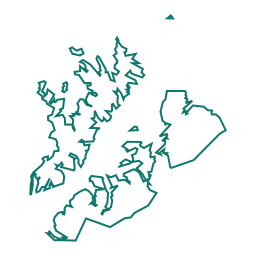 the district of Hammerfest nor, Finnmark, Norway
{"feature_id": "86288312B61529177731516", "entity_name": "Hammerfest nor", "entity_type": "district", "adm_level": 2, "iso_a3": "NOR", "parent_name": "Norway", "parent_adm1": "Finnmark", "projection": "mercator", "projection_center": [23.196, 70.658], "detail": "fine", "context": "isolated", "style": "outline", "palette": "teal", "viewbox_px": 256, "rotation_deg": 0, "n_neighbors": 0, "source": "geoboundaries", "source_scale": "gbopen_adm2", "svg_char_len": 5693}
<svg xmlns="http://www.w3.org/2000/svg" viewBox="0 0 256 256"><path d="M30.3,194.2L31.1,194.3L32.7,185.8L32.7,173.9L35.1,173.5L35.8,174.5L34.7,175.4L37.0,178.9L40.0,177.0L37.9,180.6L38.3,183.3L36.2,189.8L36.5,192.3L39.5,191.1L42.1,186.9L45.0,187.2L49.8,178.4L44.3,190.2L49.8,188.1L49.5,185.2L51.2,181.9L52.3,184.4L51.8,185.1L53.2,185.5L52.9,187.0L63.3,183.3L64.2,176.6L63.4,174.1L60.9,170.7L55.7,168.8L57.4,166.6L56.1,164.9L58.8,165.8L61.6,162.6L62.8,164.7L61.2,167.1L74.0,170.4L74.7,168.4L73.9,159.1L75.2,158.6L69.3,155.6L70.6,153.4L76.3,156.0L78.6,160.0L78.3,162.9L80.9,167.0L83.5,162.8L83.0,160.6L85.6,158.2L85.3,156.3L86.8,152.0L86.0,150.7L88.2,150.2L89.6,144.6L84.5,145.4L83.4,142.3L79.4,141.7L81.7,139.8L84.4,141.8L93.3,141.4L94.5,138.8L93.5,137.4L96.8,129.7L99.8,128.2L90.5,127.9L96.3,122.4L91.8,118.5L94.5,117.7L94.8,110.8L98.1,117.7L101.8,121.3L103.3,120.4L103.8,117.9L106.9,121.3L110.0,119.6L111.2,116.4L106.0,111.0L111.0,111.6L112.0,110.6L111.9,104.5L113.0,103.9L116.1,108.6L119.7,105.3L118.1,104.6L117.4,101.8L117.9,95.9L114.1,91.5L117.0,92.1L117.5,88.7L121.2,93.4L123.5,99.4L124.3,97.0L129.1,93.7L127.2,92.1L128.7,91.8L129.0,91.3L128.9,91.0L126.7,89.6L128.7,89.4L129.7,87.5L129.0,86.5L128.8,88.7L126.7,85.9L128.4,82.8L136.8,83.8L135.5,80.3L125.7,75.3L130.3,70.7L131.5,73.6L142.2,77.4L144.3,75.1L141.6,72.5L142.8,68.9L132.5,63.2L138.8,63.1L132.2,58.9L135.7,53.9L125.6,55.8L124.4,52.4L126.0,51.9L126.5,48.9L122.0,46.7L118.4,42.1L118.5,40.3L117.1,37.7L116.1,39.2L117.6,41.3L116.5,43.7L116.9,46.0L115.0,49.1L116.7,53.3L113.6,55.4L117.4,61.0L116.5,62.2L117.1,63.2L114.9,64.7L114.5,68.4L119.0,71.5L116.6,74.7L112.3,72.9L114.7,81.3L110.7,79.9L107.9,72.1L105.6,72.4L105.8,69.2L98.8,56.8L97.5,56.2L96.4,58.8L100.2,66.3L99.7,68.6L100.8,70.4L98.9,72.0L100.5,74.9L99.9,75.7L90.6,64.7L82.9,59.9L80.0,61.9L83.7,63.5L85.4,65.7L85.7,67.5L84.8,68.5L87.6,70.7L86.5,72.0L80.1,66.2L80.1,71.1L74.6,71.9L75.0,74.3L79.0,75.1L84.6,83.2L90.5,82.9L90.9,84.4L89.8,85.6L87.3,85.4L87.7,88.7L92.7,90.8L91.6,92.1L92.0,93.4L95.5,92.7L97.1,94.9L95.6,96.2L88.8,92.7L85.7,99.5L87.5,104.0L92.3,106.5L86.7,104.8L83.1,99.4L80.3,99.1L77.4,103.5L78.7,106.9L77.9,111.1L76.2,112.2L80.5,114.7L72.9,113.9L74.0,115.8L70.1,116.1L73.2,119.6L72.7,124.8L74.8,129.5L74.4,130.4L72.7,127.7L72.5,124.6L65.2,124.6L64.8,118.3L62.7,114.9L56.1,116.1L61.2,111.0L60.0,109.5L63.0,108.2L64.2,98.8L57.4,99.8L55.5,102.1L54.4,101.9L54.2,99.3L51.3,103.6L49.4,102.7L54.2,94.6L47.7,89.4L46.8,94.1L44.3,96.5L44.6,93.2L41.9,91.5L45.9,82.7L44.2,81.1L38.7,82.9L39.7,84.5L39.7,87.4L39.0,88.1L40.1,89.2L37.6,92.6L42.1,96.1L42.3,99.3L46.3,101.3L47.0,103.9L54.1,108.0L52.0,114.6L48.0,116.3L48.1,120.0L52.2,122.5L54.7,130.0L51.3,132.5L49.2,137.4L55.6,139.1L57.3,142.5L56.8,145.5L58.4,147.5L58.5,150.8L54.2,151.3L53.0,155.9L49.3,159.3L47.6,160.0L47.9,156.3L43.6,157.6L42.5,158.8L44.2,161.2L42.3,164.5L33.3,172.5L31.2,176.3L31.7,180.7L30.8,184.0L30.3,194.2ZM156.5,192.9L150.2,190.2L147.5,186.4L147.9,183.6L149.9,184.3L147.3,180.9L147.6,179.3L149.0,179.6L151.0,174.5L149.2,176.0L148.4,172.1L151.4,171.7L153.4,163.6L155.3,161.3L154.1,159.6L154.9,158.1L154.6,156.5L149.9,157.5L150.9,156.7L150.3,155.5L151.0,152.7L149.6,150.4L151.6,143.7L144.0,148.0L140.5,146.1L140.1,144.4L141.5,142.9L140.9,142.0L127.4,141.8L122.4,146.1L127.5,149.5L126.3,150.4L127.5,151.7L135.2,147.9L137.5,149.0L135.7,153.6L131.9,155.2L133.2,158.8L132.9,161.9L138.9,160.8L142.3,163.4L136.7,168.2L142.2,173.7L146.0,180.5L143.5,181.6L139.2,172.3L133.9,169.2L123.7,173.8L123.8,176.1L126.6,177.1L127.3,180.1L129.8,181.9L129.6,183.5L124.9,179.7L118.6,180.6L115.9,175.2L110.9,177.3L107.0,175.5L111.9,186.0L110.9,187.9L117.9,185.6L111.5,192.4L112.5,195.8L111.0,196.8L112.2,200.7L111.0,207.1L108.7,208.8L109.2,209.7L104.2,211.0L102.2,214.4L101.5,213.9L103.6,210.0L108.1,209.6L105.3,206.7L107.3,203.1L108.1,192.7L106.3,190.8L102.4,179.5L103.2,178.5L102.1,177.3L91.4,176.0L89.5,178.6L90.4,179.4L89.7,180.9L92.5,181.6L94.5,186.2L104.4,189.2L95.2,190.1L96.3,190.5L94.8,194.5L95.8,196.1L94.3,197.0L95.4,201.2L94.3,202.9L96.6,205.2L95.2,205.9L93.3,204.7L94.1,203.9L93.3,202.8L90.7,203.6L93.9,199.7L92.5,198.2L93.4,196.6L88.9,191.2L85.5,189.2L80.6,191.2L74.4,195.2L73.1,198.4L69.9,200.8L70.3,204.6L71.8,206.8L66.6,205.4L64.5,208.3L64.9,210.5L64.2,214.4L62.8,214.2L62.6,211.8L58.3,212.9L54.7,217.2L53.7,220.5L55.6,225.2L54.3,226.0L56.2,230.8L65.3,236.5L62.1,237.6L63.1,238.2L67.6,237.1L63.0,240.2L75.6,240.6L86.0,218.5L110.1,227.1L124.4,218.4L130.9,217.4L134.3,213.0L148.2,205.6L156.5,192.9ZM219.7,133.8L225.7,130.2L219.5,117.6L215.9,114.4L212.0,114.5L211.4,113.1L212.1,110.6L207.8,110.2L203.7,106.7L192.9,105.5L186.4,112.8L187.4,113.6L186.0,114.2L186.2,111.3L183.1,112.5L184.6,109.8L183.5,108.7L192.3,100.9L185.6,103.1L187.6,101.6L186.6,101.3L187.1,98.8L185.2,98.1L186.5,96.1L185.5,95.0L186.0,92.5L184.8,91.0L166.9,91.0L165.5,99.3L162.9,101.9L160.5,111.8L162.6,120.8L165.9,123.2L164.6,125.2L167.0,123.4L170.4,124.7L159.6,136.4L166.7,134.0L167.3,135.0L166.3,136.6L167.5,138.4L165.2,138.0L162.0,141.0L165.6,139.2L164.6,141.2L165.3,142.0L164.7,144.5L156.1,152.6L160.9,154.7L159.8,152.6L164.2,149.3L163.3,153.0L167.0,153.1L165.8,154.4L168.0,155.4L170.3,167.4L171.5,167.8L193.5,160.2L219.7,133.8ZM72.1,47.4L69.8,48.6L72.4,53.8L79.8,55.4L83.4,53.5L81.5,48.8L76.5,50.7L72.1,47.4ZM118.1,167.0L130.5,163.2L131.3,161.9L125.6,159.4L120.5,163.1L122.4,165.5L118.1,167.0ZM62.2,240.1L54.0,236.5L48.9,230.8L49.6,233.5L47.0,233.2L54.7,240.3L62.2,240.1ZM66.5,82.2L63.3,83.7L64.1,86.2L62.7,87.3L63.3,89.5L62.2,91.1L64.2,92.3L67.2,89.7L66.4,88.7L67.4,83.9L66.5,82.2ZM129.9,130.6L137.8,130.1L136.8,127.0L134.5,126.6L129.9,130.6ZM167.3,18.3L173.0,18.5L170.8,15.4L167.3,18.3Z" fill="none" stroke="#0f766e" stroke-width="2"/></svg>